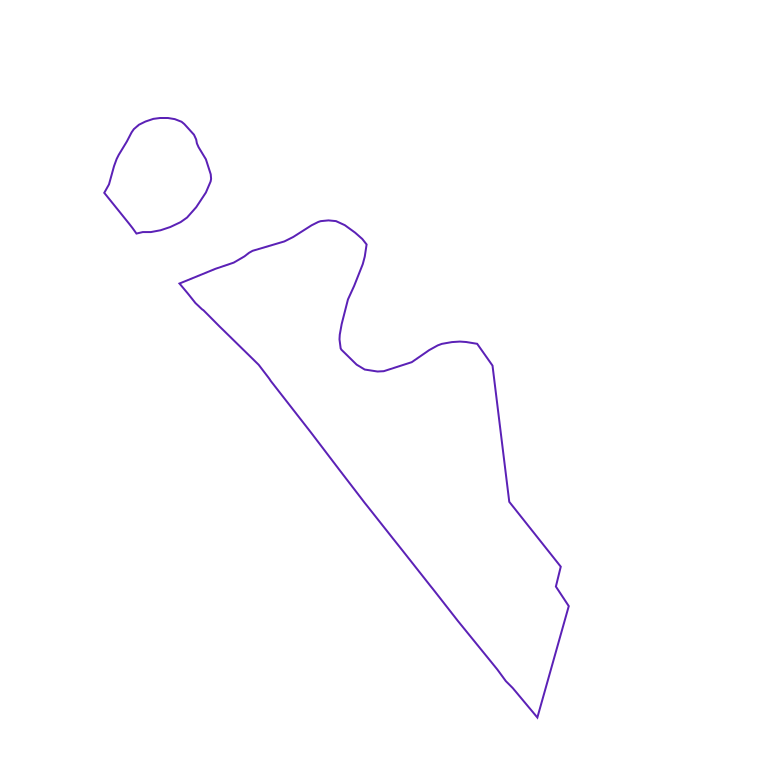 Fulton, Kentucky, United States of America (Equal Earth projection), rotated 51°
{"feature_id": "52423323B1107760452078", "entity_name": "Fulton", "entity_type": "district", "adm_level": 2, "iso_a3": "USA", "parent_name": "United States of America", "parent_adm1": "Kentucky", "projection": "equal_earth", "projection_center": [-89.312, 36.574], "detail": "fine", "context": "isolated", "style": "outline", "palette": "violet", "viewbox_px": 768, "rotation_deg": 51, "n_neighbors": 0, "source": "geoboundaries", "source_scale": "gbopen_adm2", "svg_char_len": 1428}
<svg xmlns="http://www.w3.org/2000/svg" viewBox="0 0 768 768"><g transform="rotate(51 384 384)"><path d="M739.7,474.7L672.9,380.2L649.6,377.9L637.2,361.6L554.4,360.8L438.0,288.1L411.4,286.3L403.1,293.7L398.8,298.3L394.2,304.8L389.2,313.8L387.8,318.0L386.1,327.6L384.5,348.7L373.9,376.1L370.2,381.2L360.6,389.9L351.7,393.1L330.7,395.5L329.1,395.3L321.3,390.5L317.8,387.3L310.8,379.2L295.6,358.8L289.0,345.5L277.5,325.1L272.9,318.8L264.6,309.7L263.8,309.7L257.6,309.6L248.2,311.2L235.9,314.5L227.2,318.8L221.9,324.2L217.6,330.7L216.7,333.1L215.1,340.4L212.6,362.1L210.5,371.7L197.8,402.3L197.1,406.4L197.0,412.1L195.1,424.4L188.4,442.5L177.2,479.7L190.1,479.5L202.5,479.6L211.4,478.4L213.1,477.9L235.8,475.6L246.0,474.4L290.2,469.3L307.5,469.8L310.6,470.1L376.0,471.3L422.4,472.7L422.6,472.7L464.5,473.8L466.7,473.8L493.2,474.1L510.6,474.3L523.4,474.4L546.8,474.7L570.0,475.0L573.6,475.0L580.2,475.1L614.6,475.7L677.3,475.6L691.7,476.3L701.2,475.3L739.7,474.7ZM111.3,481.7L114.2,475.7L119.3,469.4L123.9,460.9L127.5,451.3L130.2,440.2L130.7,432.3L128.4,418.6L123.1,401.9L117.5,391.3L115.8,389.3L112.0,386.7L97.3,381.0L83.4,379.1L79.3,378.0L75.8,376.1L70.7,374.8L56.3,375.6L52.8,376.3L46.5,379.9L41.2,384.6L36.3,390.7L32.8,396.4L29.9,404.2L28.3,411.3L28.5,418.0L29.6,421.8L33.7,431.2L39.0,446.0L40.9,450.2L44.8,456.7L55.8,472.1L59.4,481.1L99.2,481.2L104.5,481.3L111.3,481.7Z" fill="none" stroke="#5b21b6" stroke-width="2"/></g></svg>